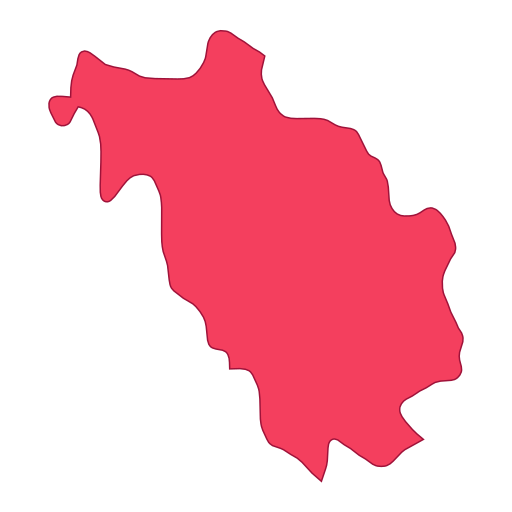 outline of San Gregorio de Yaguate, San Cristóbal, Dominican Republic
{"feature_id": "3306468B54711183761237", "entity_name": "San Gregorio de Yaguate", "entity_type": "district", "adm_level": 2, "iso_a3": "DOM", "parent_name": "Dominican Republic", "parent_adm1": "San Cristóbal", "projection": "equal_earth", "projection_center": [-70.195, 18.34], "detail": "fine", "context": "isolated", "style": "filled", "palette": "rose", "viewbox_px": 512, "rotation_deg": 0, "n_neighbors": 0, "source": "geoboundaries", "source_scale": "gbopen_adm2", "svg_char_len": 3551}
<svg xmlns="http://www.w3.org/2000/svg" viewBox="0 0 512 512"><path d="M229.7,368.9L239.9,368.6L245.5,369.3L249.0,370.7L250.5,371.9L252.7,374.9L257.4,385.2L258.7,389.1L259.2,391.5L259.9,398.9L260.4,419.1L261.0,424.0L261.5,426.4L262.8,430.3L266.8,439.0L268.6,442.2L269.8,443.6L272.5,445.6L280.4,448.3L283.5,449.7L290.9,454.5L297.3,458.2L302.1,462.3L312.2,473.3L321.4,481.3L325.5,469.1L326.6,465.3L327.3,460.8L328.0,447.9L328.6,444.0L329.3,442.3L330.3,440.8L331.7,439.7L333.2,439.1L334.7,439.0L337.7,439.9L344.2,444.7L350.5,448.5L359.1,455.2L365.5,459.0L372.7,464.2L376.0,465.7L377.7,466.1L381.3,466.4L384.9,466.1L386.7,465.6L390.1,463.8L393.1,461.2L401.7,452.2L404.8,449.7L423.4,439.4L416.9,433.9L412.4,429.5L405.5,421.6L402.0,416.7L400.3,413.2L399.8,411.3L399.7,409.1L399.9,407.1L401.4,403.8L403.6,401.1L406.3,399.1L412.3,396.0L419.6,391.1L426.2,387.8L432.1,384.1L435.2,382.4L440.5,381.1L451.2,380.3L454.6,379.5L456.1,378.7L457.5,377.7L459.8,375.1L461.3,371.9L461.6,370.1L461.3,366.6L459.6,360.1L459.2,356.2L459.6,352.2L462.8,341.8L463.0,338.0L462.7,336.1L461.6,333.0L458.3,327.9L456.1,322.7L450.8,312.1L447.9,304.0L444.0,294.7L443.3,292.6L442.5,288.2L442.3,281.2L442.9,276.7L443.5,274.5L444.9,270.7L450.6,258.9L454.8,252.6L455.6,249.0L455.6,247.1L455.0,243.2L451.5,234.3L448.7,226.2L445.5,220.2L443.0,216.6L440.3,213.3L437.3,210.5L435.7,209.4L432.2,208.0L430.5,207.9L427.1,208.5L424.2,210.0L420.0,212.8L416.9,214.4L413.4,215.4L409.8,215.9L404.3,216.0L400.7,215.5L397.2,214.0L394.3,211.6L392.0,208.5L390.2,204.8L389.2,200.4L388.3,187.1L387.3,181.2L386.7,179.4L383.6,174.0L382.9,172.5L381.1,165.5L379.8,162.1L378.8,160.7L377.7,159.6L375.1,158.0L371.0,156.1L368.6,154.2L366.7,151.2L358.5,134.5L356.5,131.5L355.1,130.4L353.7,129.6L350.5,128.5L341.9,127.2L338.4,126.3L335.2,124.9L327.7,120.5L324.0,119.3L320.2,118.7L314.4,118.4L296.7,118.6L290.9,118.3L285.3,117.0L283.6,116.1L280.7,113.8L279.4,112.5L277.2,109.3L275.5,105.6L272.3,97.8L264.5,84.8L262.6,80.8L261.9,78.7L261.3,74.2L261.5,69.8L264.8,56.0L259.5,52.0L253.1,48.4L244.4,42.0L238.0,38.2L230.9,33.1L227.6,31.5L225.8,31.1L220.5,30.7L217.0,31.5L215.3,32.3L212.5,34.6L210.2,37.7L208.5,41.3L207.9,43.4L205.8,56.3L205.3,58.5L203.6,62.6L200.2,68.3L196.1,73.2L193.0,75.8L189.4,77.7L183.6,78.8L177.6,79.0L155.1,78.6L145.1,77.8L139.5,76.1L132.0,71.7L128.7,70.2L125.1,69.1L113.8,67.0L105.3,64.5L94.9,56.3L90.0,52.8L87.5,51.6L84.6,51.0L81.6,51.9L80.2,53.0L79.1,54.7L77.9,58.7L76.9,65.0L73.1,75.2L71.7,80.7L70.9,87.6L70.6,97.1L62.5,96.4L56.9,96.3L53.5,97.1L51.9,97.9L50.5,99.4L49.5,101.3L49.0,103.3L49.1,107.5L49.5,109.3L50.8,112.7L55.5,122.1L56.7,123.5L58.2,124.6L61.3,125.7L64.5,125.6L67.6,124.4L69.0,123.3L70.1,121.9L74.2,113.6L78.2,106.8L81.5,107.7L84.7,109.1L87.6,111.3L90.1,114.1L92.1,117.4L93.0,119.3L98.2,132.6L99.5,136.6L100.7,144.0L101.0,151.6L100.9,162.1L100.2,185.2L100.3,192.2L100.9,196.3L101.6,198.3L102.8,200.0L104.3,201.2L105.8,201.7L107.5,201.8L109.0,201.4L110.6,200.5L114.7,196.5L122.6,185.9L126.9,180.7L130.1,177.8L133.7,175.7L139.5,174.4L143.4,174.3L147.1,174.9L150.6,176.3L152.1,177.6L154.3,180.7L158.9,191.1L160.3,195.0L160.8,197.4L161.4,202.5L161.7,207.6L161.6,233.9L161.8,241.7L162.3,246.7L163.2,251.6L166.5,261.3L167.6,265.6L169.2,279.9L170.0,284.4L170.6,286.4L171.6,288.3L173.9,290.9L183.3,298.2L192.8,303.8L195.9,306.6L200.0,311.6L203.5,317.2L205.2,321.5L206.2,326.3L207.6,340.2L208.8,344.2L209.9,345.9L211.2,347.2L212.7,348.0L215.9,349.0L222.5,350.2L225.6,351.7L226.9,353.0L227.9,354.6L229.1,358.3L229.5,362.4L229.7,368.9Z" fill="#f43f5e" stroke="#9f1239" stroke-width="1.5"/></svg>